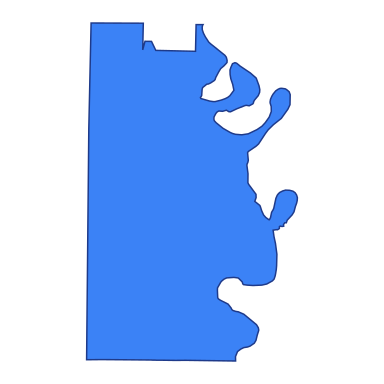 the district of Chicot, Arkansas, United States of America
{"feature_id": "52423323B43837481936937", "entity_name": "Chicot", "entity_type": "district", "adm_level": 2, "iso_a3": "USA", "parent_name": "United States of America", "parent_adm1": "Arkansas", "projection": "albers", "projection_center": [-91.16, 33.284], "detail": "fine", "context": "isolated", "style": "filled", "palette": "blue", "viewbox_px": 384, "rotation_deg": 0, "n_neighbors": 0, "source": "geoboundaries", "source_scale": "gbopen_adm2", "svg_char_len": 2843}
<svg xmlns="http://www.w3.org/2000/svg" viewBox="0 0 384 384"><path d="M185.5,360.3L235.6,361.0L235.5,356.6L237.5,351.6L240.6,349.2L243.8,347.6L247.6,347.0L250.1,346.1L254.3,343.2L256.0,340.3L257.2,335.3L258.7,330.5L258.7,329.7L258.3,327.7L256.5,324.7L243.8,314.2L238.3,311.8L235.7,311.4L232.8,310.4L231.8,309.5L231.2,308.1L228.1,304.1L220.5,300.3L218.4,298.9L217.9,298.1L217.7,297.3L217.4,290.3L217.5,287.9L220.8,282.1L221.9,280.9L224.1,279.1L226.7,277.9L233.9,277.4L237.8,277.9L238.5,278.2L242.2,281.9L242.8,283.9L243.5,284.6L247.1,285.1L253.0,285.5L261.9,285.1L266.8,284.0L272.4,280.9L274.1,279.1L275.2,275.8L275.6,273.7L276.3,269.4L276.6,265.8L276.9,254.3L275.5,243.6L274.0,236.6L273.1,230.2L276.0,229.7L277.6,229.7L279.2,228.7L279.4,228.3L279.4,226.7L280.2,226.1L282.0,226.5L283.7,226.2L283.5,224.6L284.7,222.8L286.3,222.8L287.2,220.2L292.1,214.9L294.0,211.8L295.4,206.5L296.6,203.2L297.2,200.6L297.4,197.7L296.6,195.0L295.1,192.7L293.0,191.2L289.7,190.3L285.6,190.1L282.8,190.9L279.8,192.4L278.4,193.7L277.2,195.3L275.9,198.3L273.8,208.1L273.2,209.6L271.6,212.3L270.5,217.6L269.4,219.7L268.9,219.7L265.8,217.5L263.6,215.0L261.7,210.8L260.2,206.1L259.7,205.3L254.8,201.4L256.1,197.6L256.0,194.3L248.7,184.4L247.9,182.7L248.0,173.7L246.9,165.3L247.1,164.0L247.8,162.5L248.3,160.4L247.6,152.8L247.8,152.2L248.6,151.3L256.2,146.1L258.6,143.9L265.5,133.4L268.2,129.8L273.5,124.6L281.3,118.4L287.9,109.2L290.0,104.7L290.2,94.7L290.0,94.1L289.1,91.7L286.6,89.6L285.2,88.8L281.7,88.3L280.0,88.4L278.0,89.3L275.7,90.9L273.1,94.1L271.8,96.3L270.5,99.3L270.1,101.7L270.1,102.9L271.2,106.5L271.3,111.5L269.2,117.1L265.3,122.6L262.0,126.2L257.0,129.6L248.3,133.8L241.7,134.8L235.5,134.3L232.6,133.5L230.1,132.4L223.0,128.3L216.1,122.7L214.4,120.8L214.0,119.8L213.9,118.2L214.1,116.8L215.9,113.4L217.2,111.9L218.8,111.0L222.6,111.3L226.4,110.2L228.9,111.7L230.5,111.8L237.0,108.7L244.9,105.6L246.3,105.3L249.2,105.8L252.8,103.9L253.5,102.8L253.5,102.0L254.5,100.1L258.2,95.7L259.6,92.4L259.8,89.6L259.0,85.7L256.2,78.1L250.4,73.0L240.0,66.0L238.6,64.8L236.6,63.2L234.9,62.7L232.5,63.7L230.9,67.3L230.0,70.0L230.1,74.4L230.8,78.7L232.7,84.4L233.9,90.3L229.9,95.7L227.7,97.4L225.1,98.7L221.2,100.1L215.1,101.6L213.3,101.6L209.8,101.1L200.8,98.5L200.4,97.5L201.2,96.5L201.7,95.5L202.1,89.5L202.6,87.6L206.8,84.2L208.4,84.0L210.7,82.9L214.2,80.6L215.1,79.6L215.7,77.6L218.7,71.9L220.7,68.6L223.9,65.9L225.8,63.9L227.0,62.5L227.1,60.3L226.3,57.2L224.9,55.3L210.7,43.9L208.8,42.2L205.3,36.8L203.5,33.3L202.3,29.8L202.2,27.0L202.7,25.1L203.0,24.6L196.1,24.6L195.5,51.3L155.8,50.4L151.5,41.4L145.0,41.3L142.7,49.9L143.3,23.2L91.1,23.0L88.8,128.5L86.6,359.7L90.2,359.7L99.1,359.6L104.3,359.6L129.3,359.8L151.1,360.0L152.7,360.1L154.4,360.1L155.1,360.1L156.4,360.2L161.7,360.2L175.7,360.4L185.5,360.3Z" fill="#3b82f6" stroke="#1e3a8a" stroke-width="1.5"/></svg>